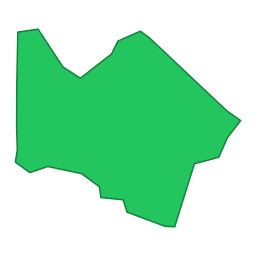 Sinajana, Guam (Natural Earth projection)
{"feature_id": "77769853B28089182733682", "entity_name": "Sinajana", "entity_type": "district", "adm_level": 2, "iso_a3": "GUM", "parent_name": "Guam", "parent_adm1": "", "projection": "natural_earth1", "projection_center": [144.76, 13.46], "detail": "fine", "context": "isolated", "style": "filled", "palette": "green", "viewbox_px": 256, "rotation_deg": 0, "n_neighbors": 0, "source": "geoboundaries", "source_scale": "gbopen_adm2", "svg_char_len": 433}
<svg xmlns="http://www.w3.org/2000/svg" viewBox="0 0 256 256"><path d="M17.8,32.1L16.7,89.0L16.6,127.0L17.3,149.6L15.4,162.2L29.8,172.6L47.7,166.5L81.5,173.6L99.4,186.7L100.8,197.5L123.1,199.8L127.1,212.2L164.9,226.3L174.7,226.8L194.4,163.8L218.8,157.2L227.3,137.9L240.6,120.6L226.8,110.8L148.7,37.2L140.2,31.2L117.9,41.1L111.5,54.0L80.3,78.2L62.9,66.9L38.1,29.2L17.8,32.1Z" fill="#22c55e" stroke="#15803d" stroke-width="1.5"/></svg>